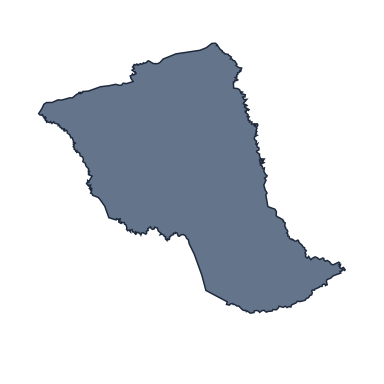 Sak Lek, Phichit, Thailand (Albers equal-area conic projection), rotated 253°
{"feature_id": "78962969B74597047667398", "entity_name": "Sak Lek", "entity_type": "district", "adm_level": 2, "iso_a3": "THA", "parent_name": "Thailand", "parent_adm1": "Phichit", "projection": "albers", "projection_center": [100.505, 16.509], "detail": "fine", "context": "isolated", "style": "filled", "palette": "slate", "viewbox_px": 384, "rotation_deg": 253, "n_neighbors": 0, "source": "geoboundaries", "source_scale": "gbopen_adm2", "svg_char_len": 5977}
<svg xmlns="http://www.w3.org/2000/svg" viewBox="0 0 384 384"><g transform="rotate(253 192 192)"><path d="M93.8,176.5L76.7,193.6L74.4,192.1L72.9,194.7L73.8,196.1L73.5,198.1L72.4,198.5L72.1,199.9L70.0,201.4L69.1,203.5L64.9,205.6L63.4,207.1L63.2,208.8L61.7,209.0L61.9,210.2L59.1,212.3L58.6,216.1L60.1,216.9L59.7,219.4L58.7,220.8L57.1,221.5L58.0,223.8L57.9,226.2L55.4,227.9L55.5,230.3L54.7,233.8L55.9,235.0L54.7,238.3L55.8,240.5L57.3,241.9L55.1,245.4L55.4,248.0L53.7,249.1L54.1,251.1L53.1,253.0L54.9,254.1L55.5,259.0L56.7,260.7L55.6,263.3L55.4,268.5L56.7,270.2L56.9,272.7L58.6,274.5L58.6,276.3L60.3,277.5L62.5,277.6L63.1,278.7L62.3,280.4L63.2,281.2L63.6,285.6L64.2,286.5L63.7,288.8L65.1,289.6L65.4,290.9L64.7,292.4L63.5,292.3L63.8,294.2L67.4,294.4L68.8,295.5L69.0,299.4L70.6,302.5L71.0,310.6L72.8,310.4L72.6,312.2L73.8,313.3L72.3,315.1L72.9,315.7L75.6,314.7L75.2,312.3L76.1,311.5L77.5,311.1L77.6,311.8L79.1,312.8L79.4,311.2L80.8,312.6L82.0,311.8L81.1,305.6L82.1,304.2L85.2,303.0L87.0,301.3L87.0,299.2L88.6,298.3L90.0,298.6L90.6,297.8L90.1,294.3L93.1,292.0L94.0,290.6L93.4,287.5L92.4,285.9L96.3,284.7L95.1,282.9L96.4,282.0L97.7,281.7L99.1,282.8L100.8,282.2L102.6,284.2L104.3,282.9L105.7,283.4L107.1,282.1L108.9,281.7L112.3,279.6L114.6,279.6L115.1,278.7L114.5,277.1L115.2,275.8L116.7,274.9L116.9,273.8L117.9,273.8L118.1,272.5L119.0,271.7L121.2,271.9L121.8,270.7L123.6,271.4L125.1,270.6L125.9,271.9L127.5,272.0L129.7,270.9L130.7,271.2L132.1,270.7L135.3,272.1L137.0,270.6L137.9,271.1L139.1,270.6L142.5,267.5L142.7,266.7L144.8,265.6L148.6,267.0L151.3,266.3L155.8,260.3L167.9,261.8L169.0,263.5L172.5,262.6L177.7,262.7L181.7,266.3L184.1,265.4L184.8,268.0L185.8,268.6L187.5,267.4L190.7,266.8L193.8,268.2L193.6,266.7L196.6,266.6L197.7,265.3L199.5,265.7L198.6,266.6L199.0,269.5L199.9,268.8L200.8,265.9L203.0,265.9L203.1,266.4L200.9,268.9L202.4,270.8L203.4,268.0L204.2,267.2L206.7,267.0L208.4,267.7L211.4,265.5L212.2,265.7L212.7,268.3L213.5,268.7L215.1,268.8L215.5,267.8L216.2,267.5L217.6,267.6L219.0,268.8L218.6,267.6L219.1,267.0L221.9,268.6L223.6,267.2L225.7,267.5L226.5,268.1L227.2,270.9L228.2,269.4L229.1,269.8L229.3,270.7L230.8,270.8L230.8,271.7L232.1,271.3L233.9,272.7L234.8,272.4L236.2,274.2L237.4,274.6L238.2,274.3L238.3,273.2L236.4,271.6L237.4,270.8L238.9,271.8L239.5,268.8L241.4,269.8L242.1,267.4L243.5,268.3L244.1,266.8L245.8,267.1L247.1,268.6L248.1,266.2L248.2,267.9L249.6,268.2L252.9,266.2L253.6,266.5L253.2,267.4L254.8,268.2L253.5,269.8L254.1,270.7L257.8,267.0L259.3,267.9L258.4,268.8L258.6,269.9L259.7,269.2L261.1,267.0L261.8,267.1L264.6,271.5L265.0,269.0L267.9,268.0L268.1,268.9L267.4,270.4L269.5,271.4L271.5,267.9L272.1,267.9L272.8,269.5L273.3,268.9L272.9,267.7L275.9,267.4L277.5,265.9L279.2,262.2L285.0,263.7L284.8,265.0L286.3,265.7L285.5,267.5L285.8,268.6L288.9,266.8L288.9,268.6L290.9,268.9L291.2,270.3L292.7,270.5L292.5,272.0L294.6,273.7L293.1,273.4L293.1,273.8L296.0,275.7L297.5,272.9L300.2,271.1L301.0,272.3L305.1,271.1L305.8,269.7L307.2,269.3L308.0,267.6L309.5,269.1L312.2,267.0L312.9,266.9L314.9,263.4L316.2,263.2L317.1,261.9L318.1,262.2L320.5,260.5L324.9,259.2L324.9,258.4L325.7,259.0L327.4,257.9L328.3,254.5L325.8,247.9L325.2,241.1L328.8,217.0L327.6,203.3L325.1,199.0L324.8,196.5L326.1,192.6L330.2,188.8L330.0,187.4L329.1,186.3L329.1,183.8L329.7,183.5L328.8,181.5L329.9,180.1L329.4,179.2L329.6,178.0L329.1,177.8L329.6,176.7L330.5,176.6L329.9,174.6L330.7,174.1L330.1,173.5L330.9,173.4L329.4,172.8L328.9,171.7L327.0,172.9L326.1,170.3L323.7,172.0L323.7,172.7L322.7,172.4L322.4,173.1L321.6,173.1L321.0,170.5L322.4,169.6L321.2,168.6L321.1,166.9L318.8,166.8L314.8,168.0L314.8,161.1L316.2,158.0L314.7,155.7L315.6,153.1L317.3,150.6L317.9,143.7L319.4,135.4L318.8,122.5L320.0,117.0L319.2,116.2L319.6,115.1L318.9,115.1L318.6,114.3L319.3,113.3L319.9,114.0L320.2,113.1L319.1,111.4L319.2,110.5L317.0,105.1L317.8,102.6L318.0,94.2L319.3,90.7L318.5,84.5L320.1,79.0L319.2,76.0L315.7,72.9L311.8,68.3L310.3,69.0L309.4,70.6L309.7,71.6L307.3,71.8L306.6,72.5L306.9,73.4L306.1,74.0L305.5,73.9L305.2,72.4L304.2,73.1L303.5,72.8L303.1,73.4L301.4,73.4L301.9,74.3L300.9,74.6L299.9,76.6L300.5,77.4L298.5,78.1L299.5,80.2L298.1,80.6L295.8,84.1L294.6,83.4L294.4,84.7L292.4,84.8L292.2,85.4L290.6,85.9L290.7,86.7L289.6,87.1L289.8,88.3L289.1,88.2L288.9,87.4L287.9,87.5L287.4,88.3L288.1,89.4L287.1,90.4L284.8,90.0L282.5,91.8L279.3,92.0L279.4,92.8L278.7,93.3L274.7,93.5L274.0,93.0L273.7,93.8L273.2,92.9L273.4,93.9L272.8,94.5L272.3,92.5L271.2,92.9L270.1,91.7L269.7,92.3L267.3,91.9L267.2,92.5L265.1,92.7L265.3,94.0L263.6,93.4L263.5,94.6L261.9,96.0L259.3,95.6L257.4,97.7L255.1,97.7L253.0,96.5L251.0,98.2L247.5,98.3L244.3,100.0L243.3,99.3L241.7,99.9L241.7,98.8L239.4,98.9L239.6,98.3L238.9,98.1L236.4,101.1L233.0,97.2L232.8,96.1L233.5,95.6L232.0,95.1L232.1,96.2L231.6,96.3L231.5,94.2L231.0,93.6L229.3,94.2L228.0,96.5L228.2,97.0L227.6,96.7L227.8,95.1L225.9,96.3L225.5,95.3L224.6,97.1L223.8,96.3L224.2,95.4L223.4,95.5L222.8,96.5L220.6,94.7L219.7,95.9L217.9,96.0L214.4,100.5L213.0,101.4L204.0,104.4L191.7,105.0L187.5,111.2L188.5,111.9L187.6,112.9L187.4,115.5L186.4,115.2L186.1,113.6L184.4,113.3L184.0,115.5L183.6,115.4L183.6,114.2L182.7,115.0L183.1,116.3L182.6,118.2L180.9,118.1L180.3,119.0L178.9,119.3L176.5,119.2L175.6,118.5L173.8,119.1L174.0,120.6L172.0,121.5L173.6,121.8L173.6,123.7L171.3,123.4L171.2,124.4L168.1,125.7L168.3,126.5L169.6,126.0L170.4,126.5L169.2,127.6L169.0,129.2L167.5,129.5L167.2,130.5L165.9,130.6L167.4,131.7L167.7,132.9L165.2,135.5L165.9,136.6L167.8,136.9L168.0,138.9L169.9,139.0L170.8,142.1L169.0,142.3L167.9,143.2L167.7,144.9L169.3,145.9L167.6,148.4L164.8,148.3L161.6,150.2L160.5,149.1L160.5,150.8L159.1,152.4L157.6,152.5L157.1,153.7L154.9,152.9L152.9,154.0L154.3,154.8L153.2,155.8L153.3,156.6L155.5,157.1L155.6,158.3L156.6,159.4L156.7,161.9L158.0,162.3L157.3,164.0L158.1,164.5L157.3,165.6L153.9,166.0L153.4,166.8L154.2,169.3L153.9,171.1L152.1,172.9L149.0,173.4L147.6,174.5L143.1,174.2L131.9,176.0L109.5,177.1L93.8,176.5Z" fill="#64748b" stroke="#1e293b" stroke-width="1.5"/></g></svg>